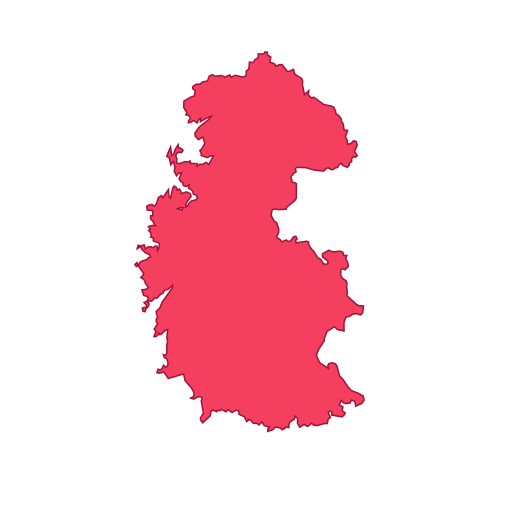 the district of Cambará do Sul, Rio Grande do Sul, Brazil, rotated 154°
{"feature_id": "56859067B78866840167821", "entity_name": "Cambará do Sul", "entity_type": "district", "adm_level": 2, "iso_a3": "BRA", "parent_name": "Brazil", "parent_adm1": "Rio Grande do Sul", "projection": "natural_earth1", "projection_center": [-50.124, -29.059], "detail": "fine", "context": "isolated", "style": "filled", "palette": "rose", "viewbox_px": 512, "rotation_deg": 154, "n_neighbors": 0, "source": "geoboundaries", "source_scale": "gbopen_adm2", "svg_char_len": 6127}
<svg xmlns="http://www.w3.org/2000/svg" viewBox="0 0 512 512"><g transform="rotate(154 256 256)"><path d="M374.4,175.1L371.9,166.1L371.6,161.3L372.3,158.4L374.1,157.0L377.0,157.0L374.6,154.6L370.7,154.9L368.0,154.2L366.5,152.3L368.8,149.6L372.3,137.6L376.8,134.9L377.8,132.8L377.0,129.4L367.7,132.2L366.0,133.8L365.0,136.0L362.1,136.4L359.6,133.2L358.0,134.2L356.4,132.8L354.0,133.0L351.4,129.1L348.6,130.2L346.1,125.8L341.3,126.3L339.5,124.2L340.7,121.1L336.9,116.7L336.9,111.2L333.9,112.1L332.4,109.9L331.8,106.9L328.5,105.1L327.4,102.8L323.4,104.3L323.0,100.0L319.0,96.4L321.2,95.3L322.3,93.2L316.8,92.5L313.5,93.8L309.4,90.6L308.9,88.4L306.1,88.2L304.2,89.3L301.8,87.3L299.7,90.9L297.5,92.0L292.9,92.6L291.2,94.9L289.8,91.9L292.1,87.3L291.7,82.9L286.8,83.5L284.3,80.1L279.4,81.2L278.0,78.3L275.2,76.7L268.6,75.6L265.4,74.2L262.5,77.9L260.0,78.1L259.6,84.0L257.7,84.3L256.3,82.4L257.7,79.8L249.2,73.7L246.9,74.2L244.6,75.7L246.3,79.2L244.0,82.4L246.5,85.5L242.7,89.0L241.7,85.7L240.2,84.1L235.9,82.6L233.4,84.7L230.9,82.2L232.2,77.3L225.5,77.1L222.0,79.1L221.0,83.1L224.3,87.9L229.4,93.4L230.7,98.2L232.0,107.4L233.5,111.3L231.4,122.3L232.3,124.9L234.8,126.8L237.5,127.3L239.3,126.4L240.2,123.2L245.5,132.2L245.4,140.1L240.5,144.7L231.9,149.8L231.0,151.7L225.2,157.1L216.4,158.0L215.2,154.3L209.8,150.0L206.1,157.6L202.6,161.2L200.9,161.5L198.7,160.7L194.2,161.3L190.6,160.0L188.1,157.2L185.2,158.0L181.3,164.0L185.2,166.2L186.9,168.4L191.7,180.5L189.7,183.6L188.0,188.9L186.3,191.3L185.8,193.9L188.1,198.2L188.2,201.8L185.8,206.4L183.9,206.8L182.0,204.6L177.6,206.1L176.6,209.0L176.4,214.6L174.1,216.7L176.8,217.7L176.3,221.4L178.4,223.6L183.9,225.5L186.5,227.2L188.0,229.3L195.3,228.8L196.6,226.1L193.8,220.1L194.5,217.6L197.0,218.0L198.8,219.5L199.3,224.8L201.3,227.3L202.1,234.9L203.4,239.6L203.6,243.0L202.6,245.6L204.0,247.1L214.1,250.2L213.4,252.9L211.6,253.3L211.5,256.3L213.9,256.8L218.4,254.3L220.6,255.0L221.8,257.2L226.5,257.4L227.4,260.9L229.6,263.7L225.3,267.2L223.8,270.0L222.9,277.1L224.3,279.3L224.7,285.8L221.2,290.5L218.5,290.1L216.2,288.2L208.4,284.8L206.8,286.5L197.3,288.6L194.4,290.3L188.0,303.2L189.1,305.0L191.0,306.3L190.0,311.8L185.4,313.9L183.0,314.1L182.5,317.0L180.7,317.9L172.7,313.7L165.7,307.5L158.1,302.7L153.6,304.0L151.6,302.7L150.4,300.5L148.6,299.9L146.2,300.4L143.7,299.9L140.9,301.9L138.8,301.8L138.2,299.2L135.0,295.6L132.7,296.5L131.4,298.5L128.6,299.0L127.2,301.7L125.2,302.7L123.5,301.3L121.1,301.7L121.6,306.8L116.4,311.2L115.8,315.2L118.1,316.8L121.4,315.4L124.6,316.3L123.4,319.6L123.2,324.3L118.6,328.6L121.6,330.8L119.7,336.4L120.1,339.1L119.3,342.0L120.1,345.9L121.7,348.9L121.0,351.3L120.9,355.7L122.4,357.6L128.8,362.6L134.4,373.3L136.9,373.8L138.4,377.8L136.1,381.5L141.7,379.8L139.1,389.9L137.4,392.7L137.1,395.4L141.4,402.3L140.5,407.3L145.2,407.4L147.0,408.5L148.6,416.7L152.1,417.9L154.9,417.9L155.0,420.3L156.4,422.2L158.8,423.8L155.5,428.3L157.6,431.5L156.4,434.1L158.4,435.5L160.4,434.2L165.5,436.7L166.9,433.5L171.2,432.8L173.6,431.1L176.9,433.2L180.5,427.1L183.6,426.6L185.9,422.4L189.2,422.5L195.5,427.5L200.1,427.6L200.2,430.3L205.4,430.4L208.2,433.5L214.0,435.5L215.6,438.0L219.0,438.3L222.9,434.6L227.8,435.9L231.0,435.0L234.6,436.6L238.7,436.0L239.5,434.0L238.2,431.2L241.2,426.9L245.0,427.4L252.9,426.8L255.9,421.1L255.3,415.2L257.2,413.7L254.6,411.6L254.9,408.1L257.2,407.3L258.4,405.4L255.7,404.7L253.3,405.3L251.8,403.9L250.6,401.4L248.0,403.6L245.4,404.0L247.2,401.1L240.0,401.6L235.2,401.2L238.5,399.5L250.6,396.8L256.9,393.3L258.1,390.5L256.7,385.8L251.8,386.3L252.0,383.1L252.8,379.6L257.4,376.3L260.3,375.4L260.0,373.1L261.2,370.3L256.6,365.8L253.6,365.9L250.4,364.7L258.4,358.8L259.6,362.0L264.1,361.8L266.3,363.2L269.5,362.5L268.4,364.8L274.0,367.8L273.6,370.5L275.5,370.1L278.1,371.9L284.5,372.7L286.7,374.3L284.5,378.0L284.3,381.0L282.5,383.0L279.7,383.2L277.8,381.6L275.3,382.8L276.0,385.5L278.2,387.3L277.2,390.2L281.9,387.2L285.4,383.5L287.7,383.3L285.1,391.4L292.6,384.7L290.9,382.2L292.7,375.2L288.6,377.2L289.9,371.4L292.4,367.9L292.2,362.9L289.7,364.2L286.6,363.4L291.4,358.9L291.0,356.2L289.8,353.8L290.4,351.1L288.3,349.1L284.9,349.1L287.0,346.6L285.3,344.4L284.6,342.1L285.2,338.9L283.1,337.0L283.1,333.9L285.4,332.8L289.8,333.8L293.5,332.7L295.4,331.0L297.9,330.8L295.3,334.3L288.2,338.0L287.7,340.8L290.4,344.1L296.0,345.0L295.2,347.4L295.5,349.9L298.2,349.9L297.5,352.7L299.1,354.8L300.9,353.6L307.4,345.7L308.1,348.1L305.5,354.1L314.1,349.3L314.6,351.9L318.3,351.2L322.7,346.5L325.1,345.2L327.0,347.9L330.4,348.8L332.5,348.5L333.6,344.9L329.0,342.2L331.2,337.5L333.1,338.4L334.5,335.8L333.6,332.8L333.2,327.3L335.3,328.8L339.7,329.7L339.4,326.1L341.4,326.0L340.6,323.6L340.9,320.8L342.4,319.2L340.3,317.2L341.7,314.8L340.4,312.9L338.3,311.6L337.4,309.0L339.5,306.1L342.0,304.1L340.6,308.2L342.5,309.2L344.9,308.5L346.4,310.4L349.2,311.5L352.2,310.7L351.6,315.0L355.6,315.8L355.7,312.0L353.8,306.9L351.3,304.3L351.1,301.3L353.6,301.7L355.3,300.7L361.9,301.5L363.7,300.8L366.0,298.6L364.7,289.4L366.9,287.7L369.0,287.3L367.5,284.9L366.8,282.3L367.5,279.8L366.4,274.8L368.9,274.2L373.4,275.6L374.3,269.9L371.8,267.7L371.1,265.3L373.4,263.4L370.3,261.4L368.4,261.4L365.9,262.7L363.3,261.6L358.3,263.5L356.2,263.3L353.2,265.3L349.4,264.6L344.0,266.2L344.9,264.2L360.7,255.6L364.9,251.7L370.2,249.8L371.3,244.1L373.7,242.6L374.5,240.6L374.1,238.2L379.5,235.0L379.0,232.0L383.1,228.4L381.3,227.4L378.8,228.0L377.4,229.6L377.0,227.4L375.0,227.3L369.7,229.1L367.7,228.4L371.8,222.0L373.1,217.5L374.8,215.8L378.7,208.1L380.6,206.2L382.5,208.0L382.9,204.9L381.1,202.3L382.3,197.7L383.8,196.1L385.9,195.6L387.0,198.4L389.4,196.3L391.8,195.5L393.6,197.2L396.2,194.6L394.3,193.1L389.5,191.9L388.6,184.4L372.8,181.7L374.4,175.1ZM302.3,329.8L305.9,332.9L302.6,332.6L300.5,331.4L302.3,329.8ZM376.9,257.2L374.4,258.2L373.1,259.8L373.4,263.4L377.1,263.3L376.1,260.3L376.9,257.2ZM376.9,257.2L378.6,258.7L381.0,259.1L381.8,255.8L379.9,254.5L378.8,256.1L376.9,257.2ZM366.0,298.6L365.9,302.3L368.6,301.4L368.2,299.0L366.0,298.6ZM355.6,315.8L357.2,317.4L359.6,314.6L357.6,314.8L355.6,315.8Z" fill="#f43f5e" stroke="#9f1239" stroke-width="1.5"/></g></svg>